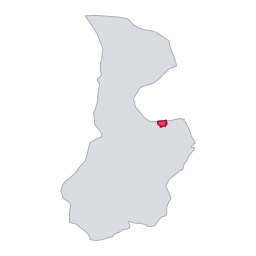 location of Liepupes pag., Salacgrivas, Latvia, rotated 90°
{"feature_id": "27541924B57299636563148", "entity_name": "Liepupes pag.", "entity_type": "district", "adm_level": 2, "iso_a3": "LVA", "parent_name": "Latvia", "parent_adm1": "Salacgrivas", "projection": "albers", "projection_center": [24.439, 57.482], "detail": "fine", "context": "in_parent", "style": "filled", "palette": "rose", "viewbox_px": 256, "rotation_deg": 90, "n_neighbors": 0, "source": "geoboundaries", "source_scale": "gbopen_adm2", "svg_char_len": 3043}
<svg xmlns="http://www.w3.org/2000/svg" viewBox="0 0 256 256"><g transform="rotate(90 128 128)"><path d="M191.3,195.1L189.7,194.9L185.1,193.3L181.2,190.7L178.9,187.3L174.8,182.6L172.2,180.3L168.1,177.3L161.2,171.2L158.8,169.8L146.8,167.2L142.5,166.0L138.5,159.0L137.2,154.9L135.3,154.2L133.1,155.1L130.8,155.9L125.5,160.7L123.8,161.4L120.5,161.5L112.7,162.5L109.2,160.7L103.1,158.8L99.8,158.4L96.8,158.5L83.8,156.4L81.4,158.4L79.0,158.7L76.7,155.5L73.8,154.5L70.6,155.5L64.8,155.5L57.9,154.3L49.2,153.2L47.8,153.5L37.9,157.4L35.5,157.9L24.6,164.6L15.8,170.8L15.4,160.1L16.9,138.9L18.7,128.4L24.7,122.5L27.8,117.9L29.8,111.5L30.5,105.6L31.9,100.8L40.7,87.1L47.2,85.9L56.1,82.3L65.9,79.3L67.7,83.5L68.5,86.7L80.1,98.4L83.0,102.3L87.4,115.6L98.3,122.5L107.1,120.5L110.9,117.2L117.9,111.3L121.0,106.9L121.6,102.7L120.4,84.6L118.6,76.7L119.2,71.9L120.4,72.1L123.3,69.8L132.8,65.4L134.7,65.2L136.8,64.3L142.8,60.9L144.7,62.6L146.3,64.6L147.2,64.6L147.6,63.9L147.5,62.6L147.9,61.7L149.6,62.2L156.6,67.5L159.3,68.7L161.1,69.1L163.4,71.6L169.3,73.2L170.1,74.5L170.6,76.1L176.3,82.9L178.9,86.3L184.0,89.4L186.1,90.1L194.7,86.5L197.1,85.3L199.1,85.2L201.2,86.8L205.9,88.9L210.2,89.5L210.9,89.3L214.5,89.4L215.8,90.2L216.9,94.6L221.1,97.9L225.0,100.6L226.0,101.9L226.5,104.4L226.4,107.4L226.0,109.0L224.5,110.9L223.3,115.5L223.3,119.8L221.5,127.4L222.0,127.5L226.5,125.9L227.9,126.6L229.0,128.2L229.6,132.9L231.2,134.9L232.9,138.1L233.5,140.7L236.7,143.6L237.0,145.5L239.2,152.4L240.1,156.4L240.6,159.5L240.0,163.5L239.3,166.2L238.4,166.1L235.7,166.9L231.6,170.4L225.6,178.3L224.0,180.0L222.6,185.9L222.3,186.5L218.5,186.4L217.5,186.3L213.8,186.6L205.6,185.4L202.4,186.5L198.5,192.5L196.9,193.4L192.1,194.4L191.3,195.1Z" fill="#d9dde1" stroke="#a8b0b8" stroke-width="1"/><path d="M120.5,89.7L120.5,89.8L120.5,90.0L120.4,90.2L120.4,90.3L120.4,90.5L120.5,90.6L120.6,90.8L120.7,91.0L120.8,91.2L120.8,91.3L120.8,91.5L120.8,91.8L120.9,92.0L120.9,92.3L120.9,92.5L120.9,92.8L120.9,93.0L120.9,93.3L120.9,93.5L120.9,93.8L120.9,94.0L121.0,94.3L121.0,94.5L121.1,94.8L121.1,95.0L121.1,95.3L121.1,95.5L121.1,95.8L121.1,96.0L121.1,96.3L121.2,96.5L121.2,96.8L121.2,97.0L121.3,97.0L121.3,97.3L121.3,97.5L121.4,97.8L121.4,98.0L121.5,98.2L121.5,98.3L121.7,98.5L121.8,98.4L122.0,98.3L122.3,98.3L122.5,98.3L122.7,98.1L122.8,98.1L123.0,98.2L123.3,98.1L123.5,98.0L123.6,97.9L123.9,97.9L124.0,98.0L124.2,97.6L124.3,97.5L124.4,97.4L124.8,97.2L125.0,96.8L125.0,96.6L125.0,96.2L125.5,95.7L125.9,95.8L126.6,95.8L126.6,95.6L126.8,95.5L126.8,95.4L127.0,95.3L127.0,95.2L127.2,94.9L127.1,94.7L126.9,94.5L126.9,94.4L126.7,94.4L126.3,93.9L126.2,93.8L126.2,93.7L126.2,93.4L125.9,92.3L125.8,92.0L125.7,91.8L125.7,91.7L125.7,91.4L125.8,91.3L125.9,91.2L126.1,91.1L126.2,90.9L126.2,91.0L126.3,90.9L126.2,90.8L126.2,90.7L125.9,90.6L124.8,90.5L124.6,90.5L124.6,90.3L124.6,90.0L124.6,89.9L124.7,89.7L124.1,89.2L123.9,89.4L123.7,89.5L123.5,89.4L123.4,89.3L123.2,89.4L123.2,89.2L122.5,89.3L122.5,89.8L121.7,89.8L120.6,89.7L120.5,89.7Z" fill="#f43f5e" stroke="#9f1239" stroke-width="1.5"/></g></svg>